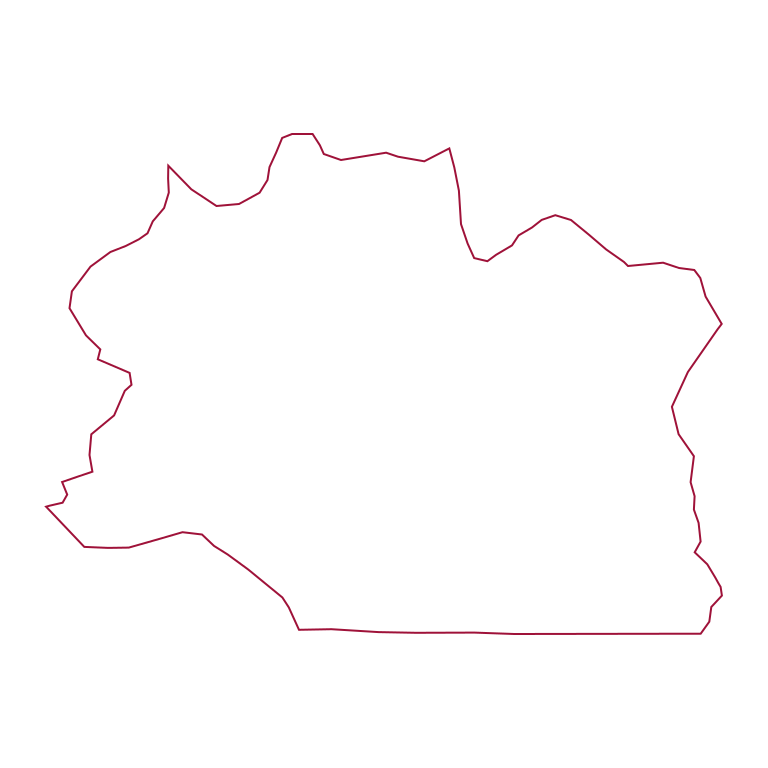 the district of Djerem, Adamaoua, Cameroon
{"feature_id": "32672807B72380332498823", "entity_name": "Djerem", "entity_type": "district", "adm_level": 2, "iso_a3": "CMR", "parent_name": "Cameroon", "parent_adm1": "Adamaoua", "projection": "orthographic", "projection_center": [12.686, 6.508], "detail": "fine", "context": "isolated", "style": "outline", "palette": "rose", "viewbox_px": 768, "rotation_deg": 0, "n_neighbors": 0, "source": "geoboundaries", "source_scale": "gbopen_adm2", "svg_char_len": 1408}
<svg xmlns="http://www.w3.org/2000/svg" viewBox="0 0 768 768"><path d="M700.7,633.7L709.3,621.7L711.3,607.0L721.9,595.6L720.6,586.9L718.5,583.4L715.3,577.6L707.3,564.3L694.7,552.3L700.6,541.6L698.6,522.9L693.9,509.6L694.6,496.2L690.6,482.2L693.9,456.2L678.6,434.2L671.9,406.8L687.9,372.0L717.6,329.3L720.2,325.9L721.7,323.9L705.6,296.6L700.3,278.0L694.3,270.0L679.0,268.0L663.1,262.7L628.0,266.0L624.0,262.0L606.1,249.4L588.9,234.7L571.0,220.0L555.3,215.2L541.7,219.9L532.0,227.5L518.6,235.4L512.0,245.4L501.7,251.5L496.1,254.8L487.4,261.2L474.2,258.1L467.6,243.5L461.0,224.1L458.9,190.7L454.3,167.4L449.3,148.4L424.3,161.3L398.0,156.7L386.1,152.7L341.0,160.0L323.8,154.0L319.9,145.3L312.6,134.0L292.0,134.0L282.2,137.9L276.1,152.7L269.5,167.1L267.5,180.0L259.6,192.7L239.0,204.0L216.5,206.0L191.3,189.3L168.3,165.7L168.1,178.6L168.8,192.6L164.1,208.0L154.7,219.1L152.8,221.3L147.5,233.3L138.9,239.3L125.7,246.0L110.4,252.0L90.5,266.6L71.9,291.3L69.5,308.2L86.0,335.4L100.3,349.4L97.8,359.3L129.6,372.9L131.5,384.8L124.8,390.8L114.1,415.4L91.3,434.3L89.5,455.0L92.4,471.7L78.7,476.3L62.1,482.0L67.2,494.6L62.6,502.7L49.6,505.7L46.1,506.7L84.3,546.9L108.2,547.9L128.8,547.6L161.2,538.4L182.5,532.2L202.0,534.5L214.0,545.9L227.7,554.5L248.2,569.5L282.4,597.5L288.8,607.4L299.0,629.8L331.4,629.2L378.5,632.1L415.9,632.8L474.4,632.6L514.2,634.0L700.7,633.7Z" fill="none" stroke="#9f1239" stroke-width="2"/></svg>